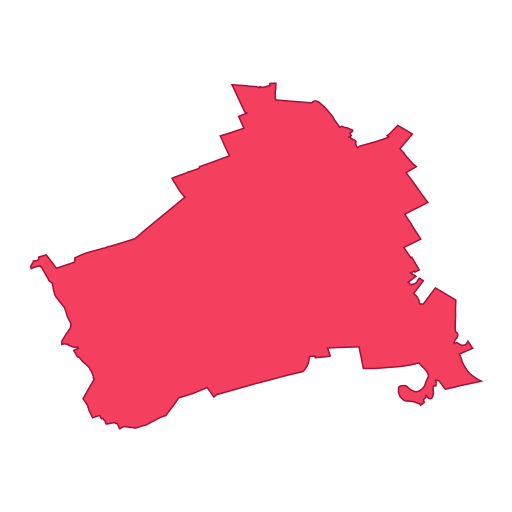 the district of Pascani, Iasi, Romania
{"feature_id": "2599482B39664970554160", "entity_name": "Pascani", "entity_type": "district", "adm_level": 2, "iso_a3": "ROU", "parent_name": "Romania", "parent_adm1": "Iasi", "projection": "equal_earth", "projection_center": [26.726, 47.253], "detail": "fine", "context": "isolated", "style": "filled", "palette": "rose", "viewbox_px": 512, "rotation_deg": 0, "n_neighbors": 0, "source": "geoboundaries", "source_scale": "gbopen_adm2", "svg_char_len": 5992}
<svg xmlns="http://www.w3.org/2000/svg" viewBox="0 0 512 512"><path d="M92.5,417.7L99.6,415.5L101.5,418.8L103.0,418.5L103.5,419.4L105.7,421.9L105.4,422.8L106.0,423.7L106.4,424.1L114.8,422.5L114.9,422.9L115.1,423.2L115.5,423.5L116.3,423.6L117.2,423.3L119.6,428.8L120.5,428.6L121.3,427.8L122.6,427.1L123.6,426.7L127.7,426.9L129.5,427.4L133.0,427.6L135.0,428.1L137.4,427.6L142.8,425.7L145.3,425.2L146.9,424.6L150.9,422.3L155.2,420.2L160.0,417.6L162.2,416.7L166.0,415.5L167.0,414.0L169.3,410.8L171.6,408.0L172.0,407.3L173.9,404.9L176.2,401.5L178.5,398.2L178.9,397.8L193.2,393.4L207.2,387.5L213.9,397.0L216.8,394.5L217.2,394.5L254.6,383.9L269.0,380.2L274.2,378.7L286.4,375.5L302.8,371.6L303.4,371.2L304.3,370.2L305.7,368.3L307.0,366.3L308.2,363.4L308.9,361.0L309.0,359.9L309.3,356.5L315.1,356.2L315.2,357.7L324.3,356.9L329.9,356.3L330.3,355.9L327.5,348.1L330.7,347.8L359.0,346.8L363.4,368.5L374.5,368.5L388.7,367.4L394.3,367.0L400.7,366.5L407.7,365.4L411.7,364.7L411.8,364.4L414.6,364.0L418.8,362.9L426.2,370.7L427.5,372.9L428.4,374.7L428.4,376.9L427.7,377.8L426.0,381.5L425.5,383.2L425.0,384.6L424.3,386.3L422.9,388.1L421.0,389.8L418.9,391.1L416.7,391.7L414.5,391.5L413.3,391.1L411.2,390.1L408.8,388.3L407.3,386.7L406.3,386.0L404.8,385.7L402.9,385.6L401.2,385.8L400.1,386.1L399.2,386.6L398.5,388.0L398.4,392.3L400.1,396.6L401.8,398.5L404.0,400.4L406.9,401.1L409.8,401.2L412.9,401.6L414.6,402.0L419.7,404.0L420.6,405.3L424.4,402.3L423.8,401.2L423.6,400.5L423.6,399.9L424.0,399.1L424.7,398.4L425.4,397.9L425.9,397.3L425.9,395.4L426.2,395.5L426.8,396.4L428.2,398.0L428.8,398.5L429.1,398.6L430.4,398.8L430.9,398.7L431.3,398.5L431.7,398.1L432.1,397.7L432.5,397.1L432.8,396.3L433.4,393.6L433.3,392.8L433.4,391.6L433.2,389.6L433.0,388.0L433.0,387.4L433.5,386.5L434.0,386.0L435.9,385.9L436.1,382.3L435.4,380.6L435.6,380.3L435.8,380.0L436.2,380.0L436.6,380.1L436.9,380.5L438.9,380.7L439.3,381.1L440.5,382.8L445.2,389.2L452.8,387.6L456.7,386.6L459.1,385.9L476.7,382.2L477.2,382.0L477.6,382.1L481.3,381.1L480.0,380.6L476.4,378.5L472.3,375.6L470.1,373.8L468.4,372.0L467.3,370.7L465.1,367.2L463.6,364.7L462.9,363.3L462.0,360.9L461.2,358.4L460.3,356.1L459.2,354.1L472.7,348.3L467.9,341.2L466.7,343.4L466.2,344.1L465.5,344.7L463.0,345.3L461.8,345.2L460.9,344.9L457.4,343.0L456.7,342.7L455.3,343.1L454.3,343.6L454.1,343.1L454.1,342.4L454.9,340.7L455.2,339.6L456.5,338.5L457.1,337.5L457.9,334.8L456.9,332.6L455.8,331.9L455.6,331.5L455.3,330.0L455.2,327.4L455.4,320.5L455.6,316.1L455.5,309.5L455.8,300.0L435.4,287.9L423.2,304.2L421.9,303.9L420.6,304.1L420.3,304.1L419.8,303.8L419.4,303.2L419.0,300.5L417.9,298.3L417.2,297.0L416.5,296.0L415.5,295.2L414.4,294.3L413.6,293.5L419.7,285.6L423.3,280.7L419.2,278.2L417.5,280.6L416.7,282.5L415.4,283.3L411.4,284.8L411.0,284.4L410.6,284.4L410.0,284.0L409.1,283.2L408.8,282.6L408.3,282.4L411.0,280.1L416.0,276.3L410.6,273.0L414.3,271.1L415.0,272.1L419.2,269.9L411.8,257.2L410.8,257.7L403.9,247.5L407.8,245.5L420.8,239.1L413.6,228.1L410.0,222.1L406.7,217.2L404.9,214.1L427.9,202.4L426.1,200.1L420.6,192.7L413.8,182.9L406.1,172.7L416.4,166.6L413.4,164.2L412.4,163.2L406.8,157.0L405.0,154.7L403.9,152.9L401.5,150.4L399.9,148.6L406.2,141.5L410.3,136.4L412.4,134.1L405.2,129.7L402.3,128.1L397.7,125.4L389.3,134.1L387.1,135.8L388.8,136.9L384.9,138.7L373.2,142.4L360.2,146.0L359.5,146.4L357.4,147.5L356.6,146.4L356.3,145.9L355.8,144.2L355.7,143.8L355.8,142.5L356.0,141.7L356.0,141.4L355.7,141.0L354.4,140.0L352.9,139.4L351.7,138.7L351.1,138.6L350.9,138.3L350.9,137.9L350.7,137.5L350.4,137.3L349.1,137.1L348.9,137.0L349.0,136.8L349.4,136.7L350.1,136.5L351.0,135.9L351.3,135.6L351.1,135.0L350.4,134.6L350.0,133.1L350.6,132.4L351.8,132.1L352.3,131.2L352.8,130.9L352.3,129.9L349.5,128.9L348.8,128.5L347.5,128.0L346.9,127.8L344.2,127.4L341.9,126.2L339.7,127.3L334.2,119.5L332.8,116.7L330.3,113.6L326.4,109.1L323.9,106.6L319.6,102.7L318.5,101.8L317.6,101.4L316.3,101.1L315.4,101.0L314.6,101.0L313.3,101.4L312.3,102.3L311.8,102.9L275.5,99.9L275.2,95.3L275.2,92.4L275.6,89.8L275.9,83.2L269.9,83.4L269.8,83.8L270.1,85.1L270.1,85.9L268.4,85.9L267.3,86.2L265.6,86.8L262.2,87.4L261.5,87.3L261.1,86.9L260.9,86.8L259.6,86.8L259.5,87.3L259.7,87.6L259.2,87.8L258.0,87.1L256.0,86.6L249.0,86.2L246.6,85.8L241.5,85.4L238.7,85.3L232.0,84.7L244.7,111.9L245.3,112.3L246.8,112.9L246.7,113.2L238.6,116.4L243.9,128.2L230.7,132.7L220.3,135.9L225.4,147.4L229.5,155.8L200.2,166.5L199.7,166.5L198.9,168.5L189.2,171.8L188.5,171.7L188.2,171.8L187.1,172.6L184.2,173.7L174.4,177.2L172.0,178.3L174.2,182.1L179.7,190.9L181.5,193.4L185.0,197.2L184.1,197.8L176.4,204.2L165.5,213.2L145.3,229.8L136.0,237.8L134.6,238.8L129.3,240.5L112.9,245.5L110.0,246.3L108.3,246.5L107.4,246.9L106.3,247.5L105.1,247.9L104.3,248.1L102.9,248.3L100.8,249.0L97.0,249.9L96.3,250.3L94.7,250.7L90.3,251.8L85.1,253.4L79.5,255.7L78.4,256.3L75.6,257.5L75.0,257.6L74.6,262.2L56.4,268.2L46.2,254.8L44.8,255.3L38.8,257.0L38.6,259.1L38.5,259.5L37.2,260.5L36.5,260.7L33.4,261.0L33.4,261.3L32.9,262.5L31.4,265.0L30.8,266.3L30.7,267.2L31.1,268.6L35.7,266.8L40.1,265.9L40.6,266.8L41.2,266.7L48.5,279.4L48.5,280.0L48.7,280.4L49.3,281.0L50.1,281.5L51.9,283.0L52.6,283.3L52.5,283.9L52.5,284.7L52.9,286.2L53.1,288.0L53.7,291.1L54.2,292.2L54.7,294.7L55.5,296.1L56.6,297.7L58.6,300.1L58.7,300.5L63.3,306.1L64.5,307.5L64.8,308.7L65.5,310.4L66.3,312.6L66.4,313.5L66.8,315.1L68.1,317.9L68.7,319.4L70.8,323.0L70.9,323.5L70.8,325.5L70.7,326.3L70.4,327.1L70.3,327.9L69.8,329.1L69.0,329.9L67.6,332.1L65.9,334.4L62.2,340.5L61.8,342.0L61.7,343.2L61.8,344.4L64.5,343.8L68.1,344.4L68.2,345.0L68.5,345.3L70.6,346.0L72.6,346.9L77.3,347.4L77.9,347.3L78.4,348.3L73.7,350.4L77.4,356.9L78.9,357.1L79.3,357.3L79.6,357.6L81.0,359.6L83.3,362.2L84.6,363.2L85.5,363.8L89.3,367.7L89.7,368.6L89.9,369.4L90.3,370.0L90.8,370.2L92.2,373.3L93.2,376.0L93.4,377.3L93.3,377.9L93.7,378.4L93.9,378.5L94.2,379.2L83.1,398.4L83.2,399.1L84.2,400.4L86.7,404.1L87.6,405.6L88.4,408.2L88.9,410.1L90.1,412.7L90.6,413.5L92.3,417.1L92.5,417.7Z" fill="#f43f5e" stroke="#9f1239" stroke-width="1.5"/></svg>